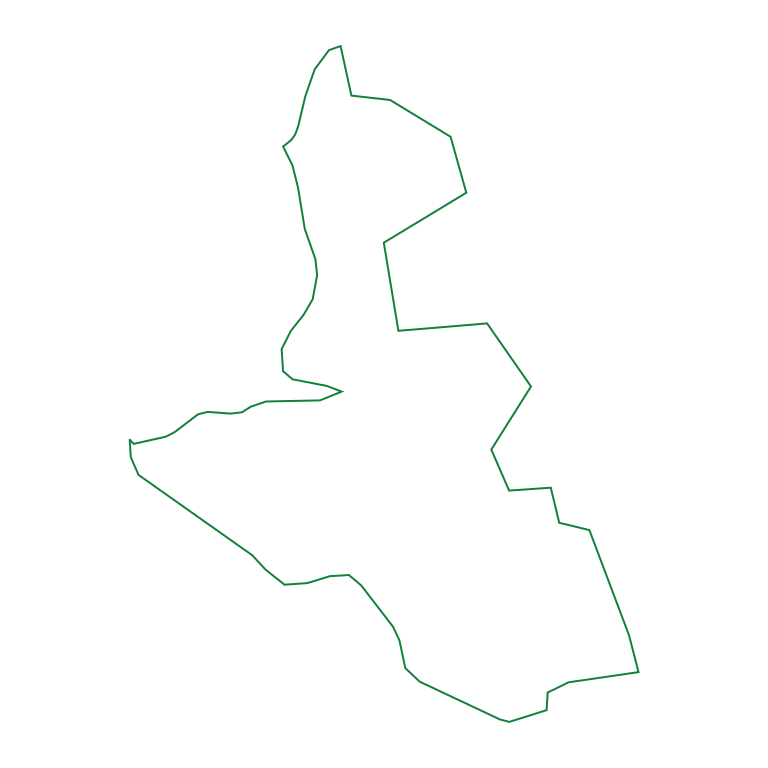 the border of Sevastopol
{"feature_id": "UKR-5482", "entity_name": "Sevastopol", "entity_type": "City", "adm_level": 1, "iso_a3": "UKR", "parent_name": "Ukraine", "parent_adm1": "", "projection": "mercator", "projection_center": [33.58, 44.625], "detail": "fine", "context": "isolated", "style": "outline", "palette": "green", "viewbox_px": 768, "rotation_deg": 0, "n_neighbors": 0, "source": "natural_earth", "source_scale": "10m", "svg_char_len": 926}
<svg xmlns="http://www.w3.org/2000/svg" viewBox="0 0 768 768"><path d="M509.3,721.9L499.8,719.4L419.7,681.7L405.3,668.1L399.4,640.3L393.0,626.7L361.2,585.4L348.9,575.0L329.8,576.2L307.3,583.1L284.5,584.7L265.4,569.5L252.3,555.3L138.5,474.9L130.8,457.1L129.7,440.1L129.5,439.3L133.6,443.9L165.8,436.7L174.7,432.1L198.0,414.3L207.7,411.9L230.4,413.6L242.0,412.3L250.6,406.8L265.9,401.5L320.0,400.4L341.6,391.6L327.1,386.0L292.5,379.3L283.1,371.2L281.6,349.1L290.9,330.8L303.6,314.8L312.7,299.2L317.1,275.4L315.4,259.2L304.8,229.0L298.1,188.0L292.5,165.5L283.1,146.6L291.5,139.7L295.2,134.5L298.2,126.2L305.4,96.0L314.7,69.3L329.0,50.1L340.6,46.1L351.4,95.6L390.1,100.0L450.6,136.8L466.3,192.7L383.8,242.7L398.4,330.8L487.1,323.4L531.0,386.5L491.3,449.6L509.1,490.6L550.8,487.7L559.2,522.8L589.4,530.1L629.1,635.5L638.5,672.1L568.6,682.3L547.7,692.5L546.6,710.1L509.3,721.9Z" fill="none" stroke="#15803d" stroke-width="2"/></svg>